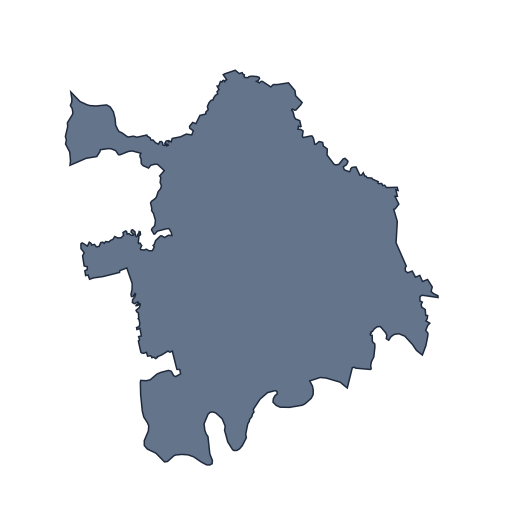 Chuong My, Ha Noi, Vietnam, rotated 79°
{"feature_id": "81297802B99190294686821", "entity_name": "Chuong My", "entity_type": "district", "adm_level": 2, "iso_a3": "VNM", "parent_name": "Vietnam", "parent_adm1": "Ha Noi", "projection": "orthographic", "projection_center": [105.643, 20.878], "detail": "fine", "context": "isolated", "style": "filled", "palette": "slate", "viewbox_px": 512, "rotation_deg": 79, "n_neighbors": 0, "source": "geoboundaries", "source_scale": "gbopen_adm2", "svg_char_len": 6100}
<svg xmlns="http://www.w3.org/2000/svg" viewBox="0 0 512 512"><g transform="rotate(79 256 256)"><path d="M385.0,111.6L376.5,106.4L367.0,102.5L364.5,102.0L361.4,103.6L357.1,100.8L355.1,98.2L352.1,101.6L350.2,99.9L347.2,98.9L346.6,100.7L340.8,100.1L337.8,103.1L335.1,103.1L333.0,101.5L331.3,103.7L327.1,102.7L326.3,100.9L326.5,99.5L331.5,85.2L329.7,85.0L327.0,88.7L324.3,90.9L320.0,88.9L311.8,92.1L312.8,97.4L306.3,98.9L307.2,103.5L300.6,105.5L301.4,110.3L299.3,112.2L296.1,111.8L294.6,110.4L269.8,116.0L249.0,110.7L236.5,111.9L236.3,110.4L232.3,105.9L223.9,108.2L224.4,105.8L217.7,106.1L218.8,104.0L215.5,104.3L213.7,114.9L211.1,116.2L211.0,118.1L208.8,118.8L208.3,122.0L207.4,122.5L206.4,121.8L202.9,126.8L201.6,127.4L200.4,131.9L198.5,133.0L198.3,134.0L194.7,134.8L196.7,136.9L196.6,138.6L187.6,140.9L187.4,144.9L188.4,146.3L190.8,147.5L191.1,148.3L188.3,152.9L185.1,153.3L183.8,149.9L181.1,147.8L180.1,147.8L177.1,150.0L177.4,152.0L181.9,157.3L181.8,160.2L181.0,161.8L170.4,167.0L164.5,165.6L161.0,168.9L157.2,168.9L155.7,172.2L157.6,175.6L157.6,177.0L152.0,177.1L149.1,177.9L148.6,179.0L148.7,187.2L147.1,187.6L142.3,185.9L140.2,188.0L139.6,190.6L136.6,189.5L137.7,187.8L137.4,187.0L131.4,187.3L129.1,190.9L127.1,191.8L121.6,192.1L119.5,193.2L118.7,192.3L120.4,189.9L120.2,188.8L115.9,183.0L114.1,181.4L106.3,186.5L101.1,186.2L92.2,191.1L91.8,202.3L91.0,206.3L92.9,209.2L85.7,216.5L85.6,217.7L86.7,219.8L84.6,222.1L84.5,220.5L82.3,218.6L81.3,218.8L80.1,220.7L78.7,225.5L78.5,228.5L79.4,229.9L78.6,232.9L77.6,233.5L75.9,232.9L74.5,234.5L73.4,234.6L73.7,237.7L69.7,240.9L71.2,252.0L71.8,253.6L77.3,251.1L77.7,252.5L78.9,253.4L77.4,254.2L77.5,255.2L78.7,256.1L77.9,257.6L82.0,260.1L81.8,261.8L85.5,260.6L87.2,262.9L89.6,262.6L90.5,265.2L93.0,267.6L94.5,268.2L94.7,270.5L96.6,272.9L100.0,275.2L103.2,275.0L105.1,277.8L107.0,278.3L107.3,284.2L114.6,289.7L112.8,292.7L116.0,296.5L118.0,296.6L121.2,293.7L124.9,296.0L123.0,301.2L124.6,307.3L124.6,315.8L127.8,317.5L126.6,318.9L127.4,319.7L126.0,320.1L126.0,322.2L128.0,324.0L129.0,323.1L129.6,321.3L130.5,321.0L130.9,322.8L129.0,323.8L130.0,324.7L129.3,326.2L126.8,326.2L125.6,326.9L125.4,328.6L127.6,330.4L125.6,333.1L122.5,334.9L122.2,336.9L119.6,337.5L117.7,339.8L116.4,340.1L116.7,350.2L115.0,353.4L114.8,359.1L109.5,364.1L107.7,366.7L105.8,367.5L100.7,368.8L94.5,368.1L87.2,368.5L81.8,370.7L79.2,373.8L78.2,384.5L76.6,390.5L75.3,393.0L70.8,399.3L59.7,406.5L66.8,406.8L69.8,407.5L72.8,409.5L76.3,408.3L80.2,408.4L82.0,409.1L89.2,415.7L93.2,416.2L102.3,420.3L106.0,420.0L109.7,421.6L118.1,419.1L120.6,419.2L127.4,420.0L131.5,421.3L127.7,404.1L128.0,393.3L123.8,389.3L122.0,388.5L122.4,380.5L123.1,377.8L125.8,373.6L130.3,371.7L130.7,370.3L129.0,361.1L129.3,357.3L133.2,349.4L134.9,350.7L136.7,350.9L138.6,350.3L143.3,351.0L145.6,349.8L149.2,344.7L146.8,341.9L146.6,337.6L147.2,335.2L154.7,329.7L159.0,335.3L160.8,334.5L165.6,336.1L168.9,335.4L171.7,336.8L174.1,339.7L178.9,342.4L180.2,343.7L182.4,348.2L183.8,349.4L189.3,349.2L191.4,349.8L194.8,348.5L201.9,347.9L206.9,349.6L209.3,353.0L210.6,353.6L215.1,352.0L215.1,351.1L212.8,348.2L212.2,338.9L212.5,336.2L216.6,334.7L219.9,334.7L218.9,338.0L220.4,342.2L218.3,344.6L218.0,345.9L221.8,351.7L225.3,353.7L226.0,355.0L227.7,354.1L231.0,356.7L230.5,360.0L228.3,362.6L228.9,364.3L227.8,367.9L226.5,368.1L224.0,366.2L221.1,367.5L221.4,368.8L220.6,369.1L213.9,367.0L213.1,365.3L210.2,365.1L209.6,366.0L211.7,366.9L212.3,368.2L213.7,368.5L214.2,369.5L213.1,370.5L209.1,370.2L206.6,372.3L207.0,373.4L208.6,374.1L211.6,372.1L212.3,372.7L211.6,374.9L209.8,376.3L209.9,378.2L207.2,378.4L206.5,379.2L207.5,382.1L210.4,382.1L212.4,384.9L211.9,388.3L209.9,390.9L212.4,393.3L212.9,395.7L214.2,397.8L213.1,400.8L214.6,402.6L213.2,403.8L213.2,405.8L216.7,408.3L216.5,411.0L213.8,412.3L213.9,415.1L212.2,415.5L210.6,417.0L214.1,419.6L210.0,424.0L210.4,425.4L211.8,425.8L215.4,426.4L220.0,424.0L222.7,426.2L233.0,426.6L234.4,423.6L237.2,424.3L237.8,426.8L242.7,427.0L242.6,424.5L247.1,423.8L246.5,419.6L247.0,410.3L246.1,393.1L244.4,392.5L243.1,385.1L259.4,382.8L265.3,384.1L269.9,386.1L272.1,386.0L272.3,384.5L269.7,382.0L270.5,381.4L272.8,382.6L275.4,385.5L278.1,386.2L279.6,384.5L278.5,380.6L279.9,380.3L281.4,383.2L282.0,383.2L281.9,381.1L280.5,379.3L281.2,378.7L284.3,380.3L286.4,384.1L287.9,383.8L289.5,382.3L294.6,383.0L295.1,383.7L296.4,382.9L300.5,383.0L303.1,384.3L303.4,386.9L305.5,386.9L305.0,383.7L312.6,383.8L312.7,386.6L316.2,386.3L317.0,387.7L328.4,387.4L329.3,386.8L330.1,384.9L329.7,381.9L333.7,381.5L333.7,378.8L334.7,377.7L335.9,377.7L335.9,375.6L337.6,374.0L336.6,372.0L336.0,372.1L335.2,367.7L332.5,360.5L334.0,359.0L333.4,356.3L352.2,355.3L352.9,352.5L357.3,352.5L359.0,357.8L357.9,359.6L353.0,361.2L351.6,363.7L352.1,371.7L353.0,375.8L357.3,383.4L357.5,387.4L356.1,392.9L357.8,393.6L370.1,395.7L386.4,397.2L392.6,396.9L399.2,394.3L402.4,393.7L407.3,395.1L415.9,400.9L420.7,401.8L424.8,399.5L430.4,391.9L440.7,385.1L440.8,382.0L436.6,375.1L436.0,372.9L436.6,366.7L438.2,360.7L441.1,355.7L448.1,348.7L451.6,344.3L452.3,341.2L451.5,338.7L448.3,337.8L441.6,339.1L424.1,337.6L421.1,338.9L417.3,339.5L410.8,339.0L402.2,333.3L400.7,330.8L400.8,328.3L402.3,325.5L409.2,320.3L417.2,318.7L421.0,320.1L433.2,319.2L441.7,315.9L442.8,314.6L443.2,311.9L442.2,309.0L439.5,305.6L432.5,300.1L429.0,300.1L419.2,296.1L417.0,294.1L415.2,293.5L413.0,290.8L410.3,289.5L409.0,287.9L405.9,287.8L397.2,279.2L392.3,270.7L391.8,262.9L392.4,261.9L393.7,261.2L395.6,261.7L396.6,263.9L399.4,266.2L402.7,267.2L406.5,264.7L409.0,261.2L411.0,251.9L411.3,239.0L410.3,235.8L406.2,228.9L403.0,226.4L398.7,225.4L394.5,225.4L388.9,227.1L387.5,216.2L389.1,210.6L395.9,197.5L403.0,191.6L384.1,182.8L383.9,180.8L385.1,179.6L389.2,165.4L388.8,164.5L385.4,164.3L381.8,162.9L377.5,159.6L367.9,156.6L364.9,156.2L362.3,158.1L356.0,157.1L355.7,158.7L354.2,158.7L353.6,157.5L352.5,157.6L352.3,156.1L350.2,153.9L348.6,150.7L348.9,147.8L350.1,146.7L356.2,143.3L358.8,142.7L362.0,143.9L364.0,141.8L360.9,138.8L359.3,135.1L359.6,130.5L363.1,125.2L372.7,119.3L379.3,116.5L385.0,111.6Z" fill="#64748b" stroke="#1e293b" stroke-width="1.5"/></g></svg>